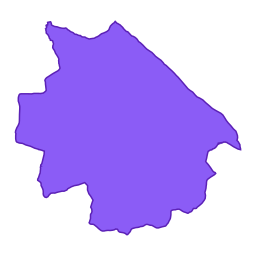 outline of Sumbawanga Urban, Rukwa, United Republic of Tanzania
{"feature_id": "72390352B60773938386935", "entity_name": "Sumbawanga Urban", "entity_type": "district", "adm_level": 2, "iso_a3": "TZA", "parent_name": "United Republic of Tanzania", "parent_adm1": "Rukwa", "projection": "orthographic", "projection_center": [31.593, -7.975], "detail": "fine", "context": "isolated", "style": "filled", "palette": "violet", "viewbox_px": 256, "rotation_deg": 0, "n_neighbors": 0, "source": "geoboundaries", "source_scale": "gbopen_adm2", "svg_char_len": 5505}
<svg xmlns="http://www.w3.org/2000/svg" viewBox="0 0 256 256"><path d="M89.1,222.8L90.1,223.9L91.0,224.2L91.6,224.2L93.1,224.3L94.1,224.7L96.1,226.3L97.3,227.3L98.5,228.5L100.9,230.4L102.3,231.0L104.0,231.0L105.8,230.6L107.6,230.4L108.8,230.4L109.9,230.5L111.0,230.4L112.6,230.2L114.3,229.8L115.7,229.0L117.5,229.3L118.0,230.2L118.5,231.3L119.7,232.1L120.8,232.3L123.3,232.7L124.5,233.1L125.7,233.7L126.5,234.6L127.6,234.6L129.0,233.0L129.9,232.0L130.5,231.0L131.0,229.8L131.4,229.2L132.5,228.5L135.8,227.6L137.9,227.4L139.5,227.0L140.7,226.5L141.6,226.5L142.8,226.3L143.8,225.8L145.0,225.0L146.2,224.4L147.4,224.4L148.5,224.7L149.6,225.1L150.9,225.3L152.1,225.4L152.7,225.8L155.7,227.5L156.8,227.9L158.5,227.9L161.8,226.9L163.1,226.6L165.6,226.0L166.4,225.1L167.0,224.2L167.9,223.3L168.5,222.2L169.1,220.9L169.9,219.5L170.4,218.3L170.7,216.3L170.9,214.8L170.9,213.0L170.9,211.2L172.0,210.2L173.8,209.8L175.3,209.8L176.6,209.4L177.8,209.2L179.2,209.2L180.6,209.9L181.4,210.5L182.7,211.3L183.9,211.9L186.1,212.6L187.4,213.2L188.4,213.1L188.9,212.7L189.7,212.0L190.6,212.0L191.7,211.2L192.7,209.7L193.4,208.5L194.6,208.5L195.5,208.5L196.4,208.3L197.3,207.1L198.9,205.9L200.7,204.4L202.1,203.1L203.5,201.2L204.3,200.1L205.2,198.4L205.5,195.4L204.9,192.3L205.5,190.3L206.0,188.1L206.1,186.5L206.4,184.6L206.5,182.2L206.8,180.4L208.0,179.0L210.6,177.1L214.3,174.8L215.7,173.5L215.2,172.6L213.4,171.8L212.2,170.2L210.5,167.6L208.2,164.5L206.4,162.5L205.7,161.3L206.0,160.5L206.6,158.3L207.1,155.6L207.7,152.9L208.0,151.9L208.3,151.2L208.9,150.9L209.6,150.6L210.2,150.0L211.2,150.0L212.0,149.7L212.5,149.0L213.4,148.8L214.8,148.1L215.9,147.1L216.7,146.1L217.1,145.4L217.9,144.4L218.2,144.2L218.6,144.1L218.2,143.3L219.0,143.0L219.4,143.0L220.0,143.4L220.4,142.9L221.0,142.7L221.1,143.0L221.5,143.1L222.0,142.8L222.3,142.8L222.8,142.6L223.2,142.1L224.7,142.1L225.5,142.0L226.1,142.4L226.8,142.4L228.0,143.3L229.9,144.3L233.5,146.7L237.9,149.0L240.2,149.6L240.6,149.7L240.6,148.9L240.4,148.1L240.0,146.5L239.9,144.7L238.1,141.5L237.0,140.5L237.6,137.8L237.5,136.2L237.5,136.3L237.5,135.8L236.8,133.6L235.9,131.2L233.4,128.9L230.9,125.8L228.2,122.9L226.4,120.6L225.0,118.3L222.8,114.9L222.3,114.5L220.9,113.3L216.3,110.8L212.9,108.8L211.4,107.7L210.6,106.9L208.2,104.8L205.7,102.7L202.8,99.9L199.7,98.1L197.2,97.0L196.3,96.2L196.1,95.9L195.6,95.5L192.7,92.1L189.9,90.3L187.9,88.7L183.1,83.0L178.1,77.2L176.3,75.5L174.4,73.3L173.4,72.3L171.9,70.8L169.0,68.2L166.1,65.4L164.3,64.3L163.2,62.7L161.0,60.3L157.9,58.1L155.5,56.3L153.8,54.4L151.8,52.4L150.5,51.6L148.7,50.4L146.9,49.2L145.3,47.7L142.8,45.0L140.4,42.8L138.6,41.6L137.8,40.3L137.0,39.1L135.7,37.9L134.8,37.2L133.1,36.3L131.6,35.9L127.7,31.7L126.4,31.5L124.1,29.3L123.4,28.3L123.2,28.3L122.8,27.5L120.9,25.7L120.1,24.9L119.0,24.3L118.0,23.7L117.8,23.5L117.1,23.4L115.2,21.4L114.0,22.9L112.9,23.6L111.8,24.6L110.4,26.1L109.4,28.3L109.1,29.4L108.3,30.4L106.7,31.6L105.0,32.4L103.4,33.1L101.6,33.7L100.2,34.7L99.2,35.6L97.4,36.7L96.0,37.2L94.4,38.2L93.0,38.4L92.7,38.4L92.1,38.5L91.6,38.6L91.2,38.6L89.2,39.0L88.1,38.6L86.2,37.9L85.5,37.3L84.5,37.0L83.0,37.0L81.9,36.8L81.1,36.1L80.3,35.5L79.3,35.5L78.2,35.2L77.4,34.8L76.4,34.3L75.2,34.3L74.3,33.8L73.3,32.8L72.3,32.3L71.1,31.9L69.9,31.1L68.9,30.3L67.6,29.6L66.5,28.3L65.3,28.0L64.7,28.3L63.2,28.3L62.1,28.2L60.5,27.9L59.0,27.5L57.4,26.9L56.1,26.7L54.6,26.5L53.5,26.0L52.4,25.5L51.5,24.9L51.3,23.3L50.6,21.8L49.3,22.0L49.2,22.0L48.6,22.2L48.2,22.2L47.6,22.4L47.8,23.3L47.8,23.7L47.7,24.2L47.6,24.9L46.9,24.9L46.4,25.0L46.2,25.4L46.1,25.5L46.1,26.0L46.7,26.3L46.8,26.7L46.6,27.3L46.4,27.8L46.2,28.0L45.9,28.8L45.7,28.9L45.9,29.1L45.9,30.1L45.9,30.4L45.9,30.5L46.1,31.3L46.2,31.6L46.3,31.8L46.2,32.2L46.2,32.6L46.2,32.8L46.2,33.0L46.5,33.4L47.0,33.8L47.6,34.5L47.8,34.6L48.5,35.8L48.8,36.3L48.9,36.6L49.1,37.2L49.3,38.1L49.4,38.3L50.0,38.9L50.2,39.5L50.4,40.3L51.2,40.3L52.0,40.6L52.5,40.7L52.8,41.1L52.9,42.0L53.2,42.9L53.5,43.8L53.3,44.7L52.9,45.5L52.9,46.0L52.8,46.3L52.8,47.1L52.7,47.7L53.3,48.8L53.6,49.4L53.7,49.5L53.8,49.5L54.5,50.6L55.6,53.4L56.8,55.1L58.6,58.2L58.8,59.4L58.8,59.8L58.6,60.6L58.8,62.0L58.8,63.3L59.2,64.4L59.4,65.8L59.5,66.2L59.7,66.9L59.9,67.5L59.9,68.5L59.0,69.8L57.9,70.8L55.4,72.2L53.8,73.1L52.0,74.2L49.6,75.8L46.6,77.7L45.6,78.8L45.1,79.7L44.9,80.5L45.4,82.1L45.5,84.3L45.9,87.5L46.2,90.3L45.5,91.3L43.4,93.0L40.7,93.5L37.2,93.4L34.0,93.4L31.6,93.9L27.5,93.8L21.3,93.8L19.9,94.0L19.1,94.9L18.5,96.8L18.3,97.9L18.3,101.1L19.1,103.5L19.7,106.0L19.8,107.4L19.7,110.1L19.5,114.5L19.4,120.9L19.2,122.9L18.1,125.6L16.9,127.6L15.7,130.6L15.4,132.4L15.9,133.7L15.7,135.6L15.7,138.8L16.1,141.1L16.7,142.0L19.2,143.0L22.6,143.4L25.7,144.9L30.6,146.3L34.7,148.2L37.6,149.0L39.0,149.5L39.5,149.6L39.4,149.7L40.4,149.9L41.7,150.2L43.4,150.9L44.3,151.1L44.1,154.4L42.4,161.4L41.8,163.7L40.8,164.9L40.7,165.8L40.8,165.9L40.7,165.9L40.4,167.5L40.6,168.7L40.5,169.2L40.1,173.2L39.6,174.2L39.0,176.2L38.4,177.9L37.7,179.1L37.7,180.3L38.9,181.1L40.7,182.5L41.1,183.9L41.1,185.6L41.8,186.9L42.6,188.6L43.1,190.1L43.3,192.2L43.2,193.9L43.6,195.6L44.9,197.1L46.3,197.5L47.9,196.7L49.0,195.1L50.9,193.2L53.3,193.0L54.9,193.1L56.9,192.4L58.4,192.0L60.2,191.6L62.0,191.2L64.1,191.2L66.9,190.0L67.8,188.7L69.9,187.6L71.5,186.7L73.2,186.1L74.1,185.7L78.4,184.9L84.7,182.6L87.6,185.6L87.5,190.0L88.9,193.8L90.7,196.2L93.0,200.1L92.0,203.0L90.7,207.1L91.7,209.0L92.0,211.4L91.4,213.3L90.6,214.2L90.5,215.7L90.5,218.6L89.9,220.5L89.4,222.2L89.1,222.8Z" fill="#8b5cf6" stroke="#5b21b6" stroke-width="1.5"/></svg>